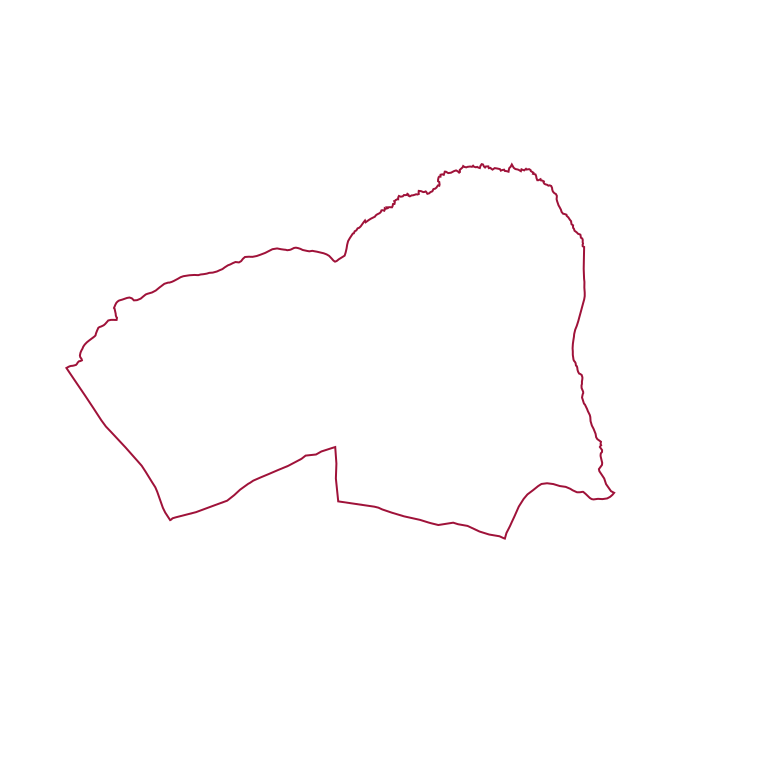 the district of Basedth, Kâmpóng Spœ, Cambodia, rotated 143°
{"feature_id": "14789045B19080448821327", "entity_name": "Basedth", "entity_type": "district", "adm_level": 2, "iso_a3": "KHM", "parent_name": "Cambodia", "parent_adm1": "Kâmpóng Spœ", "projection": "robinson", "projection_center": [104.498, 11.199], "detail": "fine", "context": "isolated", "style": "outline", "palette": "rose", "viewbox_px": 768, "rotation_deg": 143, "n_neighbors": 0, "source": "geoboundaries", "source_scale": "gbopen_adm2", "svg_char_len": 6166}
<svg xmlns="http://www.w3.org/2000/svg" viewBox="0 0 768 768"><g transform="rotate(143 384 384)"><path d="M380.5,187.8L375.9,191.3L368.9,194.7L364.7,197.0L359.6,199.7L350.1,205.0L341.6,208.2L335.9,209.5L328.8,209.5L322.3,209.7L318.4,209.4L313.5,206.6L309.0,202.2L305.0,196.7L300.8,192.5L298.3,188.2L297.3,185.6L295.1,181.5L293.9,180.5L292.3,179.4L290.5,178.5L289.8,177.9L289.1,174.8L288.2,169.1L287.4,167.1L286.1,165.7L283.8,164.4L282.7,163.8L281.5,162.9L278.8,160.6L274.6,158.3L271.3,157.8L268.3,158.0L265.7,158.6L267.2,161.8L266.9,170.4L265.0,176.0L264.7,180.8L264.5,184.7L263.6,186.7L258.6,188.2L257.2,189.7L254.6,195.7L253.9,196.8L252.6,198.1L250.8,198.5L249.6,200.0L249.5,203.8L248.6,204.2L247.4,204.4L247.2,205.7L245.5,207.3L246.4,210.3L246.8,211.6L246.6,213.8L245.0,216.9L243.6,222.1L243.0,225.7L241.4,230.0L239.1,233.5L238.3,235.4L237.5,239.7L236.9,241.7L235.9,246.7L236.1,248.0L234.6,252.2L234.0,254.0L232.9,255.0L231.4,256.3L230.4,256.8L229.6,258.0L228.6,261.9L227.1,264.0L225.9,264.9L224.4,266.9L222.5,268.7L221.5,270.0L220.7,272.3L221.3,274.0L221.9,274.9L221.6,277.0L220.9,278.9L219.9,280.6L219.3,282.1L219.6,283.2L218.4,285.4L218.2,286.9L218.3,288.2L218.0,289.4L217.0,291.2L215.7,293.6L213.6,296.4L211.9,299.0L209.0,302.4L206.3,305.1L203.8,307.5L202.1,309.4L198.6,312.3L195.1,314.4L191.0,317.3L187.8,319.8L183.4,323.2L176.2,328.8L173.2,331.1L170.8,333.4L168.7,336.2L166.0,340.4L162.5,344.9L160.9,347.6L155.2,355.8L153.4,358.1L141.7,373.0L142.4,374.4L141.6,375.7L140.5,376.4L140.0,377.7L138.6,379.4L138.1,380.9L138.7,382.4L137.9,383.8L137.3,385.1L137.8,386.0L138.6,387.1L138.8,388.9L139.1,390.1L139.6,391.7L138.9,393.7L139.0,394.8L138.2,396.2L137.5,396.9L138.1,398.6L137.3,400.3L136.6,401.4L136.7,403.2L136.5,406.1L136.9,408.3L136.4,409.4L137.5,411.1L138.5,412.2L138.6,414.6L137.8,416.7L137.3,419.8L137.1,421.6L135.7,425.9L134.9,427.8L133.5,429.3L132.7,430.3L132.4,432.3L133.1,433.9L133.3,436.1L132.6,438.1L131.8,439.4L131.3,441.5L132.1,442.9L133.4,443.5L133.7,444.7L134.9,446.3L135.4,447.3L135.3,448.9L134.4,449.5L135.1,451.1L136.1,452.1L135.7,453.4L137.8,453.7L138.9,454.5L138.3,456.7L137.4,458.4L136.9,460.2L138.5,462.2L137.5,462.8L138.6,465.7L138.2,466.6L138.7,468.1L139.8,468.8L141.0,469.4L141.1,470.4L143.4,470.2L144.4,471.6L145.0,472.7L146.6,471.6L147.0,472.5L147.6,474.0L148.1,474.8L149.7,476.6L150.3,478.6L149.8,482.4L152.3,481.2L153.6,481.2L154.9,480.4L156.8,478.6L158.0,480.2L159.3,481.5L159.1,482.9L161.0,483.8L162.3,484.1L162.1,485.9L164.2,488.3L165.7,489.8L168.3,489.9L168.8,491.3L168.9,492.5L170.4,493.3L169.7,495.0L171.7,496.4L173.0,496.1L173.3,497.6L173.0,498.8L172.9,499.9L173.7,500.8L175.7,500.1L177.5,498.8L178.5,500.2L178.9,501.3L180.2,501.8L181.4,503.4L181.5,504.7L183.0,504.5L184.4,505.9L186.7,507.2L187.9,507.5L189.1,508.9L189.6,510.4L190.9,509.7L194.6,509.4L195.8,507.6L196.8,507.6L197.1,509.4L197.9,511.2L200.0,511.9L203.3,512.4L205.8,513.8L206.8,516.3L207.7,517.0L208.7,516.2L210.4,515.1L211.3,516.4L212.9,517.1L214.1,515.6L215.1,516.4L216.0,516.2L217.9,514.6L218.8,513.4L218.3,512.1L219.6,509.8L220.5,509.1L221.2,510.1L222.5,509.8L223.9,509.3L225.5,509.2L227.2,509.9L229.4,508.8L231.5,509.3L233.1,509.1L234.9,509.8L234.7,511.7L234.8,512.7L236.3,513.1L237.2,513.7L238.4,515.8L240.0,517.3L240.9,516.4L241.9,514.8L243.2,515.2L244.2,516.2L245.2,516.5L247.4,517.3L248.4,518.0L250.4,518.3L251.1,519.6L250.5,520.6L250.9,521.8L252.1,521.3L253.6,522.2L254.3,522.9L256.1,522.6L257.9,523.5L258.9,525.2L260.3,524.5L261.5,523.0L262.1,523.6L263.0,523.6L264.0,523.9L265.0,523.6L265.8,523.9L266.2,522.4L267.3,521.5L268.5,522.3L270.2,520.8L271.3,520.3L273.3,522.0L274.2,522.5L275.4,523.4L275.5,522.3L277.1,522.9L277.6,523.9L278.6,522.7L279.5,522.2L280.5,523.6L281.5,524.2L283.3,523.2L284.8,523.1L287.4,523.6L289.3,523.6L290.4,523.1L291.6,523.3L294.9,523.9L297.3,524.1L301.3,524.2L300.8,526.0L302.4,525.6L307.8,523.9L309.8,523.7L311.4,524.2L313.7,523.3L315.5,523.6L317.4,522.5L318.4,522.9L323.7,521.0L326.7,519.7L329.6,517.4L332.4,514.7L335.5,512.1L338.2,510.2L345.0,510.8L347.8,510.7L349.5,511.2L350.1,513.0L350.3,515.8L350.7,519.3L351.8,522.0L353.5,524.7L358.0,530.1L359.6,531.8L361.1,533.5L363.8,534.9L365.2,536.4L368.3,540.0L369.4,542.2L370.8,544.2L372.3,545.9L374.0,546.8L377.3,547.4L378.5,547.8L380.8,549.1L381.7,550.3L383.1,551.6L385.1,553.6L387.8,556.6L392.0,558.8L400.0,560.2L404.8,561.6L408.6,562.8L412.5,564.7L415.5,567.1L418.6,569.1L421.3,568.9L424.1,568.1L426.7,568.4L429.2,570.8L431.9,571.5L434.8,572.0L437.2,572.7L441.0,573.0L443.9,573.0L446.9,573.8L449.7,574.4L453.7,576.0L456.6,577.9L459.1,578.8L462.0,580.3L464.5,581.8L466.8,582.7L469.8,585.2L473.9,587.9L479.3,590.8L482.1,591.7L485.5,592.1L489.9,592.8L492.1,593.3L494.3,594.1L495.4,594.9L499.1,596.2L505.2,596.2L510.0,596.0L514.2,596.7L518.6,598.4L520.4,598.9L523.6,598.8L526.9,598.6L530.8,599.6L533.4,601.3L533.8,604.1L534.5,605.2L535.3,606.3L537.5,607.4L542.2,608.9L545.3,610.1L547.1,610.2L548.9,609.9L551.0,608.9L552.3,608.1L553.9,607.2L553.9,606.2L556.1,601.4L556.8,600.4L557.4,598.8L557.4,597.6L559.0,596.1L563.4,599.5L566.0,600.7L567.3,600.4L570.7,599.7L572.4,599.6L573.6,599.8L575.5,600.2L576.9,600.7L578.3,600.8L581.2,599.2L583.6,597.7L585.2,596.4L586.6,596.2L593.5,596.2L596.3,596.1L599.3,595.6L601.7,594.8L603.7,593.6L605.4,592.9L607.5,591.7L609.7,589.8L610.4,588.3L610.5,585.9L611.0,584.7L612.8,585.1L613.8,585.7L615.6,585.5L617.0,584.9L618.5,584.6L620.8,585.5L622.0,586.1L623.1,586.8L624.4,587.3L625.7,587.6L628.0,587.9L628.7,574.8L629.7,554.5L630.6,539.6L631.6,525.0L631.7,517.4L630.9,510.5L628.6,488.8L626.7,464.6L627.2,457.2L628.3,445.5L628.8,439.1L630.0,434.3L635.1,418.2L636.1,413.0L636.7,404.0L635.6,403.8L633.7,404.0L630.7,402.9L611.3,394.8L591.3,388.8L579.5,385.2L570.4,385.4L562.6,386.2L552.4,386.0L550.6,385.7L546.6,385.5L538.6,383.6L530.4,381.5L520.2,379.0L509.8,376.3L494.9,373.9L489.7,374.0L480.7,368.6L474.6,367.8L470.0,366.2L464.2,364.2L460.9,363.0L469.9,349.1L479.3,337.5L491.2,317.8L465.5,291.8L462.9,288.6L460.9,284.9L455.1,276.4L447.6,266.2L437.0,253.8L431.9,246.7L430.3,244.6L425.5,238.7L412.2,231.6L409.2,227.4L402.7,220.4L396.5,208.7L390.6,200.5L383.4,192.9L381.2,188.8L380.5,187.8Z" fill="none" stroke="#9f1239" stroke-width="2"/></g></svg>